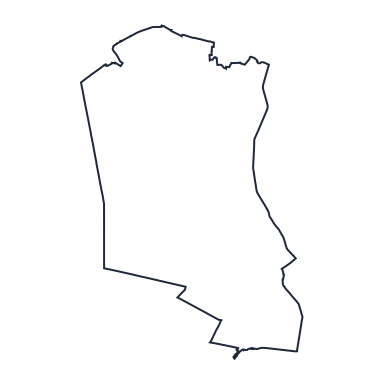 the district of Kaag en Braassem, Zuid-Holland, Netherlands, rotated 92°
{"feature_id": "6326949B3369554265068", "entity_name": "Kaag en Braassem", "entity_type": "district", "adm_level": 2, "iso_a3": "NLD", "parent_name": "Netherlands", "parent_adm1": "Zuid-Holland", "projection": "albers", "projection_center": [4.616, 52.193], "detail": "fine", "context": "isolated", "style": "outline", "palette": "slate", "viewbox_px": 384, "rotation_deg": 92, "n_neighbors": 0, "source": "geoboundaries", "source_scale": "gbopen_adm2", "svg_char_len": 5453}
<svg xmlns="http://www.w3.org/2000/svg" viewBox="0 0 384 384"><g transform="rotate(92 192 192)"><path d="M254.8,86.0L253.6,87.1L252.2,88.4L251.9,88.8L251.4,89.2L250.9,89.7L250.6,90.1L247.1,93.6L246.1,94.6L245.6,95.0L244.8,95.4L244.1,95.7L236.2,98.3L235.2,98.7L234.3,99.1L232.9,99.9L226.8,103.7L225.8,104.4L224.5,105.7L222.7,107.3L221.9,108.0L219.6,109.7L217.2,111.2L213.9,113.5L212.1,114.1L210.4,114.5L209.8,114.6L208.1,115.4L207.2,115.9L207.2,116.0L205.6,116.8L205.5,117.0L200.9,119.9L199.9,120.6L197.8,122.0L192.9,125.1L190.3,126.8L189.8,127.0L189.1,127.3L188.7,127.4L187.9,127.5L187.4,127.7L183.7,128.4L182.6,128.6L181.9,128.7L178.3,129.5L170.8,130.8L167.4,131.5L165.8,131.8L164.9,131.8L145.2,131.5L138.4,131.6L138.1,131.5L137.3,131.4L136.5,131.3L129.2,128.3L106.7,119.7L105.9,119.5L105.3,119.4L104.7,119.4L104.1,119.4L102.9,119.5L102.1,119.6L98.0,120.9L88.4,124.0L87.8,124.2L85.9,124.7L85.3,124.8L84.6,124.8L83.1,124.7L82.3,124.6L62.0,119.6L61.9,120.0L61.6,121.0L61.2,121.9L60.7,122.9L60.5,123.4L60.3,124.0L59.8,125.9L59.8,126.1L59.8,126.6L59.9,126.9L60.2,127.7L60.6,128.2L61.0,128.8L61.0,129.0L61.1,129.4L61.0,130.0L60.8,130.4L60.7,130.5L60.4,130.8L59.9,131.3L59.5,131.6L59.0,131.1L58.5,131.4L57.7,132.1L56.6,133.5L56.3,133.9L55.9,134.3L55.7,135.0L55.3,136.4L55.0,137.2L54.9,137.6L54.8,137.8L54.9,138.0L54.9,138.3L55.0,138.5L55.3,138.7L55.5,138.9L55.9,139.0L56.6,139.2L57.3,139.3L62.9,143.7L61.7,148.0L61.6,147.9L61.2,148.1L60.9,148.4L60.9,148.5L61.0,148.6L61.3,148.5L61.2,148.7L61.6,153.8L61.7,154.0L61.7,157.1L62.0,157.4L62.3,157.3L62.6,157.5L63.0,157.7L63.9,158.3L65.0,158.6L65.9,159.0L65.6,162.2L67.6,162.2L67.0,163.4L66.7,164.5L66.1,165.1L63.9,167.0L64.1,171.1L57.0,172.1L57.0,173.3L56.5,173.3L56.4,173.4L56.4,173.6L56.7,174.0L56.8,174.1L57.0,174.1L57.0,174.7L58.9,175.8L59.1,176.3L59.2,176.7L59.1,176.9L59.0,177.2L59.1,177.7L59.5,178.4L59.8,178.8L56.6,179.1L56.0,179.2L55.9,179.2L55.6,179.2L54.4,179.3L54.5,177.1L52.8,177.3L50.9,177.3L50.8,177.1L50.0,177.2L46.2,177.1L46.3,175.4L41.9,175.3L40.8,180.0L41.0,180.3L39.7,186.1L39.7,186.6L39.5,186.8L38.9,189.3L38.7,190.4L38.7,190.5L38.8,190.5L38.7,191.4L38.6,191.8L38.4,192.3L38.2,193.4L37.9,194.3L37.9,195.8L38.0,196.2L35.3,205.8L35.3,206.8L35.3,207.1L36.0,207.6L36.6,207.7L36.3,208.1L35.9,209.4L35.2,210.8L32.5,216.9L32.5,217.0L31.9,218.1L31.6,218.6L30.8,218.3L30.8,218.6L31.0,219.1L30.4,220.2L28.6,223.7L27.4,225.7L27.1,226.0L27.2,226.3L27.2,228.2L26.9,228.3L27.0,228.4L28.0,228.3L28.1,229.2L28.2,229.5L28.3,229.8L28.3,230.1L28.2,231.7L28.2,232.6L28.5,234.9L28.5,235.3L28.4,235.8L28.4,236.4L28.5,236.8L29.0,238.4L29.2,238.6L29.4,239.2L29.5,239.9L29.6,240.1L29.9,240.5L31.9,245.9L32.5,247.6L33.0,248.8L33.7,250.3L34.1,251.2L35.0,253.0L35.9,254.5L37.7,257.6L38.4,259.2L38.6,259.1L43.5,267.6L43.5,267.8L43.6,267.7L43.7,268.0L43.8,267.9L44.1,268.3L46.2,272.2L46.4,272.1L47.7,274.2L48.9,275.6L49.3,275.8L50.3,275.8L51.5,276.3L52.1,276.2L53.5,275.5L54.5,274.8L56.7,272.8L57.6,272.2L58.5,271.5L60.1,270.5L61.2,269.9L62.7,269.1L63.1,268.9L63.5,268.6L64.1,268.1L64.5,267.6L64.8,267.1L65.6,265.9L68.7,267.7L66.6,271.3L65.4,273.3L66.2,273.7L65.8,274.4L65.7,275.4L65.8,275.6L65.8,275.9L65.7,276.3L66.2,276.2L68.7,280.5L68.7,280.4L69.0,281.0L68.9,281.5L67.8,282.2L67.4,282.6L68.4,284.3L68.9,285.0L69.3,285.4L70.9,287.3L73.0,290.0L74.4,291.8L75.2,292.8L75.6,293.4L76.6,294.7L82.0,301.4L82.9,302.5L85.0,305.1L86.2,306.6L86.3,306.7L86.5,306.7L89.4,306.1L93.1,305.2L95.7,304.6L106.1,302.3L121.8,298.6L135.7,295.4L138.1,294.9L143.2,293.7L145.4,293.2L146.1,293.0L147.0,292.8L150.5,292.0L152.2,291.7L154.3,291.2L161.5,289.6L162.3,289.4L164.0,289.0L166.0,288.5L166.4,288.6L180.4,285.4L191.4,283.0L198.2,281.3L202.6,280.4L204.6,280.0L205.8,279.7L207.1,279.5L228.6,278.7L271.3,277.2L273.8,263.0L274.3,260.3L274.4,259.9L276.6,248.2L278.2,240.2L279.0,235.8L286.7,196.2L286.9,195.1L289.1,195.4L289.6,195.6L290.1,195.8L290.3,196.0L294.2,199.6L297.9,202.9L298.9,200.7L312.1,174.1L318.0,162.4L318.8,160.6L318.9,159.2L318.9,158.7L319.1,158.2L319.6,158.5L320.5,159.0L322.8,159.8L324.5,160.6L326.8,161.7L329.4,163.1L332.4,164.3L334.5,165.3L340.4,167.8L341.0,168.3L341.7,168.8L342.3,164.3L344.0,153.8L345.9,142.8L346.5,139.7L346.6,140.1L346.9,140.2L346.8,140.9L347.0,141.0L347.0,141.6L348.1,142.0L348.8,141.5L349.2,141.2L349.2,140.5L349.5,140.0L351.5,141.4L351.6,141.6L352.1,142.2L352.5,142.7L352.8,143.1L353.8,143.7L355.4,144.7L355.8,144.1L356.3,143.6L356.6,144.1L357.1,143.6L355.7,142.7L354.1,141.5L353.4,141.1L352.9,141.1L349.7,138.4L349.3,137.9L348.0,136.5L348.1,136.3L348.1,136.2L347.7,135.7L348.4,135.0L347.7,134.4L348.1,132.6L348.0,132.1L348.0,131.6L347.9,131.4L347.1,130.5L346.9,130.2L346.7,129.7L346.6,129.4L346.8,126.2L346.8,125.8L346.0,126.4L346.5,122.8L346.6,121.7L346.7,121.4L346.6,121.1L345.9,119.1L345.4,117.4L345.3,116.6L345.3,115.1L345.3,113.4L345.9,105.2L346.6,96.6L347.7,82.5L347.6,82.1L347.5,81.8L347.4,81.7L347.4,81.4L346.8,81.4L345.8,81.4L341.8,80.9L331.0,79.5L327.7,79.1L321.3,78.3L316.7,77.8L314.2,77.3L313.1,77.3L312.2,77.4L311.0,77.9L306.3,79.4L304.3,80.1L302.8,80.6L300.5,81.4L299.8,81.8L299.3,82.2L299.0,82.5L296.9,84.3L295.5,85.7L291.9,89.0L289.7,90.9L285.5,94.9L284.0,96.2L283.8,96.2L283.5,96.2L283.4,96.3L282.6,97.1L282.2,97.5L281.6,97.8L280.5,98.0L279.7,98.2L279.0,98.2L278.0,98.3L276.6,98.4L276.3,98.4L276.3,97.9L271.3,97.2L271.0,97.8L268.2,98.3L267.8,98.5L266.3,99.0L266.0,99.3L265.7,99.6L263.8,97.0L263.1,96.0L259.9,91.7L254.8,86.0Z" fill="none" stroke="#1e293b" stroke-width="2"/></g></svg>